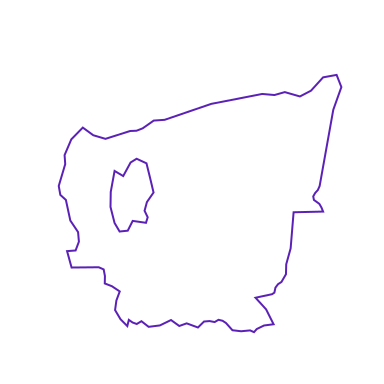 an SVG outline of Veszprém, rotated 192°
{"feature_id": "HUN-3158", "entity_name": "Veszprém", "entity_type": "County", "adm_level": 1, "iso_a3": "HUN", "parent_name": "Hungary", "parent_adm1": "", "projection": "albers", "projection_center": [17.661, 47.071], "detail": "fine", "context": "isolated", "style": "outline", "palette": "violet", "viewbox_px": 384, "rotation_deg": 192, "n_neighbors": 0, "source": "natural_earth", "source_scale": "10m", "svg_char_len": 1318}
<svg xmlns="http://www.w3.org/2000/svg" viewBox="0 0 384 384"><g transform="rotate(192 192 192)"><path d="M294.1,93.1L301.9,108.2L293.7,110.6L292.3,119.9L295.1,129.1L305.1,138.8L313.7,158.0L320.2,161.8L323.6,170.2L321.8,192.9L324.3,201.6L321.0,218.4L312.2,232.3L300.4,227.0L287.7,226.0L265.2,238.8L259.0,240.4L253.5,244.0L244.3,253.9L233.8,256.9L191.5,282.2L143.7,302.5L131.5,304.0L122.0,309.0L106.3,307.9L96.7,315.8L87.6,331.4L74.9,336.6L67.7,325.7L70.9,301.8L68.4,224.4L69.3,220.1L71.3,216.7L72.5,212.9L71.1,209.6L65.0,206.9L62.2,203.8L59.7,200.1L88.4,193.3L83.8,157.4L84.8,140.9L83.0,131.1L85.8,122.6L88.7,119.7L90.5,115.8L90.5,110.7L92.4,108.7L107.9,101.8L95.1,92.6L84.7,79.6L93.8,76.4L100.2,71.4L102.2,67.8L106.4,68.7L115.0,66.0L123.7,65.2L131.5,70.9L135.3,72.4L139.5,72.5L142.8,69.5L148.0,69.4L153.3,67.8L158.0,60.7L169.9,62.4L176.6,58.3L185.9,62.4L195.7,54.8L206.4,51.1L214.6,55.1L218.6,51.4L223.0,52.0L227.2,53.8L227.4,47.4L235.5,52.7L242.7,60.5L243.4,70.2L242.0,79.7L250.8,83.2L258.3,84.4L259.7,91.7L262.3,97.9L267.6,99.0L294.1,93.1ZM272.1,196.5L271.5,175.2L268.6,160.4L261.3,145.6L254.6,138.3L246.8,140.8L244.0,151.4L230.6,152.3L230.1,158.1L234.5,163.8L234.0,172.8L229.5,183.5L235.7,196.6L242.5,210.6L253.1,213.0L258.2,208.1L262.6,193.3L272.1,196.5Z" fill="none" stroke="#5b21b6" stroke-width="2"/></g></svg>